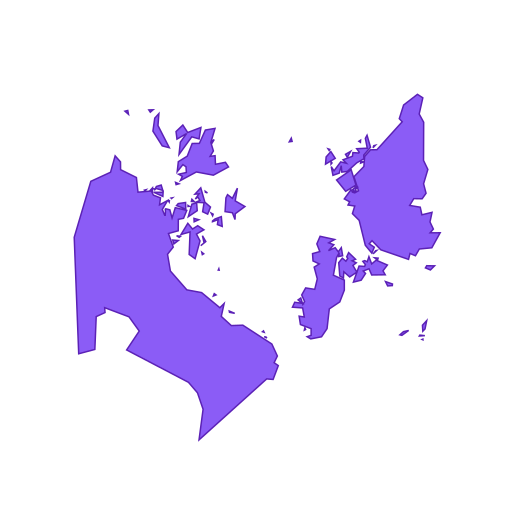 outline of Surigao del Norte, Surigao del Norte, Philippines, rotated 12°
{"feature_id": "2640588B80080860218245", "entity_name": "Surigao del Norte", "entity_type": "district", "adm_level": 2, "iso_a3": "PHL", "parent_name": "Philippines", "parent_adm1": "Surigao del Norte", "projection": "robinson", "projection_center": [125.793, 9.694], "detail": "fine", "context": "isolated", "style": "filled", "palette": "violet", "viewbox_px": 512, "rotation_deg": 12, "n_neighbors": 0, "source": "geoboundaries", "source_scale": "gbopen_adm2", "svg_char_len": 6218}
<svg xmlns="http://www.w3.org/2000/svg" viewBox="0 0 512 512"><g transform="rotate(12 256 256)"><path d="M117.8,380.9L112.3,348.5L120.1,342.7L118.7,338.0L144.4,341.9L157.4,353.7L149.0,374.8L216.2,393.6L227.2,402.0L236.1,416.9L238.5,447.7L292.0,374.0L298.4,373.2L300.6,358.6L295.9,356.6L297.7,349.4L289.8,338.8L257.5,326.4L246.3,329.2L234.6,322.3L234.7,309.1L231.4,314.1L210.4,303.1L195.4,303.5L175.4,288.5L169.1,272.7L173.2,264.5L165.7,252.2L174.7,247.5L172.4,236.3L177.3,234.2L178.8,225.8L167.0,225.5L166.0,236.3L162.1,228.7L157.9,228.6L157.5,229.1L158.2,231.3L158.7,235.0L158.2,235.1L154.7,230.0L158.0,220.1L151.0,226.0L150.5,219.0L143.0,217.8L140.1,214.2L127.3,218.1L122.7,204.1L105.6,199.7L103.9,192.1L97.4,187.3L96.3,204.3L78.9,217.3L74.3,275.5L102.9,388.5L117.8,380.9ZM386.3,66.6L380.3,64.3L369.0,77.6L367.6,91.9L371.1,94.3L352.2,126.9L346.0,128.3L341.6,136.0L342.9,146.1L335.3,158.1L342.7,170.9L339.5,173.7L337.4,173.6L335.1,171.5L330.5,181.8L336.3,183.5L335.4,187.0L342.2,186.6L341.5,194.5L349.5,199.7L360.7,222.8L368.7,229.1L369.9,222.8L364.2,220.5L366.3,216.9L376.8,224.0L405.9,227.6L406.1,221.5L411.9,222.6L414.3,215.2L426.3,211.4L431.3,195.0L421.5,197.1L423.9,192.8L419.1,186.5L419.1,176.7L409.7,181.2L406.5,174.1L395.8,174.6L398.4,167.1L406.6,165.5L409.3,159.3L404.9,150.5L406.1,135.6L400.0,127.7L392.2,90.3L386.1,83.2L386.3,66.6ZM329.5,223.5L314.6,223.4L313.0,231.5L317.5,238.4L310.8,241.9L312.8,249.0L319.5,250.6L315.2,254.8L320.7,265.6L320.4,276.4L311.2,276.9L308.8,284.6L313.0,290.4L311.9,293.6L308.5,287.8L306.3,290.2L311.0,292.7L303.5,293.2L302.3,298.5L312.4,297.1L315.9,305.6L310.7,305.9L313.7,313.8L325.0,315.6L326.4,322.1L322.8,324.3L326.8,325.7L336.9,321.4L340.6,312.3L338.7,292.5L347.5,283.5L349.5,271.0L347.4,261.2L335.7,258.7L335.1,240.9L336.7,235.4L337.1,239.3L340.7,237.7L337.7,230.1L335.6,234.8L331.7,231.4L325.8,235.7L329.8,228.8L324.4,228.0L329.5,223.5ZM189.4,139.7L180.3,143.3L177.2,157.6L170.2,159.2L168.0,172.6L160.4,179.9L161.4,189.9L165.5,181.8L169.0,183.3L170.5,188.8L163.3,192.1L167.4,193.4L166.4,197.9L180.2,186.2L197.5,185.8L210.6,174.6L206.6,170.7L197.3,174.7L195.1,166.4L190.4,168.1L192.5,162.1L188.2,154.3L189.4,139.7ZM339.5,114.8L338.5,118.2L342.4,127.4L332.2,130.1L335.4,133.0L335.1,133.9L329.3,134.7L329.6,138.4L321.1,143.8L325.1,146.5L319.3,146.3L314.6,156.5L311.0,152.9L314.5,161.1L320.2,157.6L320.6,149.9L322.5,156.1L327.7,154.3L335.2,143.9L341.3,138.5L340.4,134.8L345.4,125.8L339.5,114.8ZM366.6,233.2L366.0,238.5L363.3,237.9L361.6,239.0L364.8,241.7L364.4,243.6L358.9,244.4L356.7,261.3L363.9,257.8L366.8,250.3L364.0,248.4L369.2,245.0L373.1,250.5L386.3,247.5L383.3,244.1L386.4,237.5L374.4,235.1L370.8,239.7L366.6,233.2ZM186.5,246.2L190.3,268.4L197.0,271.3L198.1,252.9L193.2,246.9L199.6,241.2L192.7,238.5L188.3,242.8L182.5,238.2L178.2,250.5L186.5,246.2ZM175.4,141.7L163.5,149.4L157.2,143.1L151.9,150.9L154.4,158.1L162.7,150.6L158.3,160.4L159.6,172.7L168.4,152.8L176.0,153.3L175.4,141.7ZM345.9,233.4L344.9,237.9L346.3,239.3L345.0,242.4L340.9,240.2L338.3,245.3L342.1,258.1L346.1,259.3L345.2,253.2L352.0,257.0L358.0,250.8L352.8,245.1L355.5,241.8L351.0,240.7L354.1,238.5L345.9,233.4ZM223.7,193.5L220.9,204.5L215.4,201.9L214.5,205.4L216.5,219.0L223.9,218.6L227.9,224.7L226.9,219.0L234.9,209.9L224.2,206.4L223.7,193.5ZM331.2,151.9L319.0,164.9L330.3,174.1L339.0,165.8L331.2,151.9ZM131.4,136.9L128.3,142.2L129.2,155.3L141.4,167.8L148.7,168.1L133.0,148.8L131.4,136.9ZM187.8,200.8L183.4,208.2L187.3,207.0L184.8,212.9L186.8,210.4L189.6,213.3L185.8,216.0L194.1,214.7L194.6,223.8L200.0,225.1L201.3,217.6L194.8,214.0L187.8,200.8ZM186.9,216.4L182.5,218.6L181.6,231.6L189.1,223.9L186.9,216.4ZM307.5,138.3L304.0,144.5L304.9,151.7L313.2,144.0L307.5,138.3ZM213.9,224.7L208.2,228.3L206.2,230.8L206.3,231.5L211.4,228.3L211.7,233.3L216.8,234.1L213.9,224.7ZM150.5,213.3L142.7,214.9L152.5,217.1L151.8,212.3L150.5,213.3ZM176.0,218.3L169.0,220.9L167.8,223.2L177.6,224.7L176.0,218.3ZM148.5,206.3L144.1,208.7L143.6,210.7L151.2,211.2L148.5,206.3ZM436.4,283.7L433.2,289.1L434.8,294.9L436.5,292.2L436.4,283.7ZM432.7,228.5L425.0,230.0L424.2,232.4L429.5,233.4L432.7,228.5ZM199.4,247.3L202.5,254.0L199.8,257.4L203.9,252.3L199.4,247.3ZM388.0,254.1L391.0,257.9L395.5,256.6L395.3,255.0L388.0,254.1ZM247.1,316.5L241.3,315.4L241.8,316.6L247.1,316.5ZM420.8,297.1L416.0,299.3L413.1,303.2L415.2,303.3L420.8,297.1ZM176.8,257.0L171.2,257.7L173.2,261.2L176.8,257.0ZM370.1,229.6L372.9,225.5L372.0,225.9L370.1,229.6ZM326.8,134.0L322.4,137.9L324.8,140.5L326.8,134.0ZM124.9,134.4L120.8,135.4L122.7,137.3L124.9,134.4ZM192.5,232.4L187.5,232.1L188.4,235.4L192.5,232.4ZM437.7,298.8L432.7,299.3L432.4,300.3L437.7,298.8ZM267.5,136.4L266.0,133.4L264.8,137.4L267.5,136.4ZM140.6,210.9L138.9,213.7L140.1,213.8L140.5,214.4L141.4,214.8L140.6,210.9ZM100.3,140.3L97.7,141.6L101.8,143.9L100.3,140.3ZM178.0,252.5L174.1,252.7L177.0,253.7L178.0,252.5ZM184.4,215.7L181.5,213.8L181.4,216.1L184.4,215.7ZM165.6,201.4L162.0,200.7L163.0,202.8L165.6,201.4ZM375.9,232.7L372.4,233.1L375.7,234.7L375.9,232.7ZM190.9,150.8L188.9,153.0L189.4,155.1L190.9,150.8ZM204.4,264.7L202.2,263.6L203.2,265.8L204.4,264.7ZM342.0,141.4L339.0,142.1L339.0,143.4L342.0,141.4ZM341.4,171.4L337.8,172.0L337.5,173.1L341.4,171.4ZM225.0,302.4L223.0,301.5L222.6,304.0L225.0,302.4ZM195.4,204.4L192.9,203.3L193.2,204.1L195.4,204.4ZM205.4,224.0L203.3,223.4L205.2,225.7L205.4,224.0ZM340.6,168.5L338.6,169.4L339.5,170.3L340.6,168.5ZM279.8,328.9L278.9,327.7L278.1,328.7L279.8,328.9ZM334.5,123.1L334.2,121.0L332.8,122.4L334.5,123.1ZM319.8,317.6L318.7,316.1L318.7,318.5L319.8,317.6ZM349.7,122.9L348.3,123.6L347.9,125.8L349.7,122.9ZM340.2,167.3L338.7,167.7L339.6,168.3L340.2,167.3ZM133.8,215.5L134.7,214.0L133.1,214.8L133.8,215.5ZM282.7,333.2L280.8,333.2L283.7,334.0L282.7,333.2ZM180.5,221.3L179.0,220.7L179.2,221.7L180.5,221.3ZM311.0,149.2L309.8,148.2L310.3,150.5L311.0,149.2ZM306.0,136.4L304.2,136.2L305.6,137.6L306.0,136.4ZM159.8,220.0L158.7,220.2L159.9,221.3L159.8,220.0ZM143.6,211.6L142.2,211.5L143.2,212.3L143.6,211.6ZM162.1,216.5L160.9,217.0L161.4,217.4L162.1,216.5ZM222.9,277.5L222.3,276.2L222.0,277.6L222.9,277.5ZM436.5,302.6L435.8,303.1L436.7,303.3L436.5,302.6ZM337.5,171.5L337.6,169.8L336.7,171.0L337.5,171.5Z" fill="#8b5cf6" stroke="#5b21b6" stroke-width="1.5"/></g></svg>